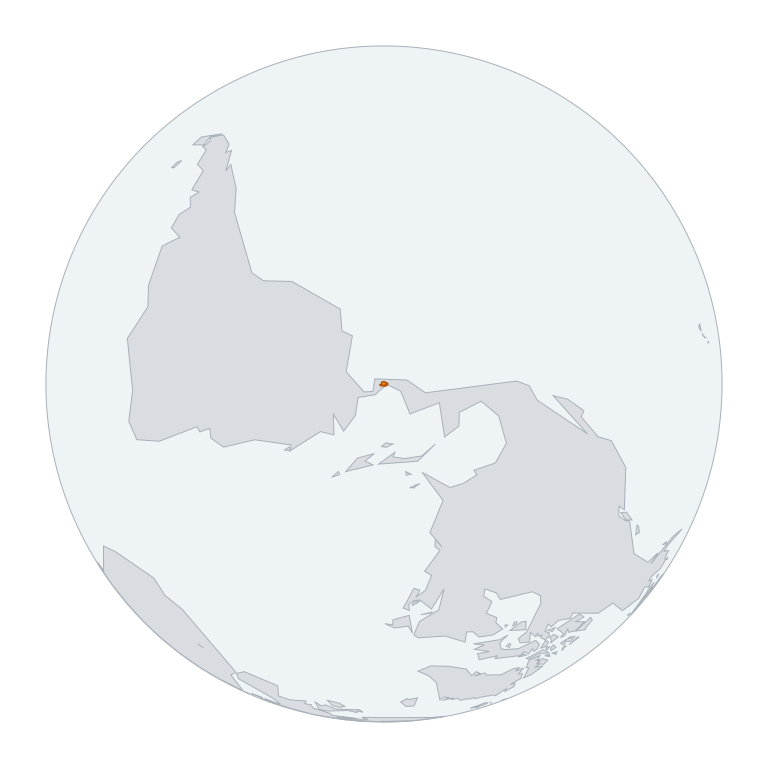 the Earth from above Ngöbe Buglé, rotated 152°
{"feature_id": "PAN-3454", "entity_name": "Ngöbe Buglé", "entity_type": "Indigenous Territory", "adm_level": 1, "iso_a3": "PAN", "parent_name": "Panama", "parent_adm1": "", "projection": "orthographic", "projection_center": [-81.839, 8.721], "detail": "fine", "context": "on_globe", "style": "filled", "palette": "amber", "viewbox_px": 768, "rotation_deg": 152, "n_neighbors": 0, "source": "natural_earth", "source_scale": "10m", "svg_char_len": 9190}
<svg xmlns="http://www.w3.org/2000/svg" viewBox="0 0 768 768"><g transform="rotate(152 384 384)"><circle cx="384" cy="384" r="338" fill="#eef3f6" stroke="#a8b0b8"/><path d="M405.3,386.3L397.3,382.7L389.6,392.8L361.8,376.7L351.6,356.8L265.6,324.4L256.6,314.2L256.3,297.8L227.8,244.5L240.1,294.2L229.0,284.4L220.1,266.6L225.3,262.3L219.7,236.8L209.8,227.2L209.7,196.7L230.8,160.1L233.8,165.8L238.6,157.3L235.0,150.1L231.5,147.7L242.9,116.9L234.7,102.6L221.3,106.3L232.6,100.0L200.2,113.8L188.8,116.1L208.3,108.8L215.3,104.7L210.9,103.3L217.2,98.9L218.7,96.1L226.6,91.4L237.4,88.7L242.7,86.0L239.3,85.3L245.1,81.0L249.3,82.2L259.9,75.2L279.8,71.8L284.8,83.1L302.4,81.0L324.9,93.2L329.4,89.6L340.9,93.4L350.3,91.1L351.8,95.0L358.1,89.9L354.9,86.8L356.6,83.8L361.9,82.5L364.7,86.9L362.5,88.2L366.1,88.9L365.2,91.9L368.6,89.6L371.4,95.9L376.5,88.0L385.3,91.5L385.0,96.2L374.8,97.9L348.7,116.5L345.2,123.6L350.7,131.0L382.5,139.2L383.0,146.9L391.1,155.7L395.6,149.9L390.9,141.1L401.2,133.5L394.1,124.8L397.3,120.8L394.2,112.0L405.8,111.3L418.7,115.9L421.9,123.6L427.6,126.3L433.6,118.0L448.2,132.7L472.9,143.8L475.4,148.5L464.3,157.6L441.6,158.9L427.1,174.9L447.7,163.1L453.8,176.6L459.5,178.7L465.7,177.6L467.8,172.2L472.2,177.1L453.5,189.5L449.2,185.2L455.1,181.0L444.5,182.2L431.9,192.5L436.0,199.6L412.7,210.8L415.3,216.4L411.7,222.6L409.1,212.7L413.3,231.2L386.5,253.5L391.8,288.1L374.4,261.7L360.8,259.0L344.6,260.1L345.1,265.6L322.9,262.0L303.7,274.2L297.7,302.0L306.3,323.2L330.8,323.7L337.7,311.6L355.4,308.8L343.9,341.5L375.1,345.4L372.6,369.9L381.9,382.4L397.2,378.7L413.1,384.3L424.0,369.7L441.8,361.3L442.8,381.1L452.1,362.6L462.4,371.8L497.3,369.2L494.8,373.9L524.4,395.5L555.2,403.5L562.3,417.4L558.7,426.6L569.1,428.2L569.3,434.1L609.2,438.9L628.4,450.9L626.9,470.9L609.2,495.9L589.2,544.7L556.3,563.0L545.3,582.0L515.0,610.0L495.4,609.4L498.4,621.7L485.4,629.8L471.9,631.0L467.4,639.8L457.3,640.4L462.5,645.7L443.4,657.2L445.6,665.6L431.0,674.2L432.8,678.9L428.3,678.9L422.9,680.7L421.5,683.3L408.8,679.3L408.2,668.5L415.0,662.7L409.0,661.8L423.6,646.5L416.2,649.8L422.7,626.2L435.5,605.6L448.4,544.1L442.1,531.8L417.2,517.8L387.5,470.6L396.2,450.6L389.3,441.4L411.7,412.5L405.3,386.3ZM76.9,289.2L79.2,281.5L79.4,286.6L76.9,289.2ZM79.6,276.8L79.0,279.4L79.3,277.2L79.6,276.8ZM79.1,275.1L79.5,276.3L78.8,275.7L79.1,275.1ZM78.2,273.9L78.8,274.2L78.6,274.5L78.2,273.9ZM390.6,300.0L426.3,315.8L406.6,318.6L410.2,315.4L401.1,308.6L384.2,302.7L366.8,306.9L390.6,300.0ZM77.7,269.7L77.7,268.4L78.5,268.0L77.7,269.7ZM405.2,280.3L399.0,279.1L405.0,278.8L405.2,280.3ZM228.9,147.6L234.3,150.6L235.2,159.2L230.0,156.9L228.9,147.6ZM228.2,133.1L232.5,132.7L226.8,140.6L226.1,138.4L228.2,133.1ZM210.3,110.6L213.5,111.3L208.3,112.2L210.3,110.6ZM217.5,96.6L214.6,98.0L216.6,96.1L217.5,96.6ZM388.1,113.1L391.1,112.6L390.1,114.4L388.1,113.1ZM383.9,110.0L380.6,112.6L378.1,111.5L380.2,109.9L383.9,110.0ZM230.6,87.4L234.7,84.4L232.4,86.9L230.6,87.4ZM388.5,107.2L374.2,109.4L369.9,107.7L374.2,100.5L388.5,107.2ZM238.3,82.3L248.1,76.1L242.5,78.3L263.9,69.6L248.5,77.2L246.5,79.6L243.5,80.0L238.3,82.3ZM351.6,86.5L355.2,89.7L347.3,88.5L351.6,86.5ZM346.1,86.6L319.4,89.1L316.8,84.5L326.2,84.2L318.8,80.0L330.7,76.3L337.4,77.9L336.8,81.4L341.8,77.5L346.1,86.6ZM274.2,66.4L278.1,64.9L276.0,66.0L274.2,66.4ZM356.7,82.5L351.5,83.1L348.8,79.0L358.7,77.1L356.4,79.0L356.7,82.5ZM311.1,81.0L310.8,78.0L320.3,74.1L321.5,72.6L330.7,75.9L311.1,81.0ZM359.7,79.3L363.7,76.4L369.8,77.2L361.6,81.7L359.7,79.3ZM344.0,78.9L343.2,77.0L346.8,77.4L344.0,78.9ZM393.7,79.9L387.6,80.1L385.7,77.8L393.7,79.9ZM364.8,75.3L362.7,75.0L361.3,74.3L365.1,72.8L364.8,75.3ZM336.8,73.2L340.8,72.5L333.5,71.6L340.3,69.2L345.2,72.1L346.0,69.9L348.1,69.2L349.7,72.4L336.8,73.2ZM364.7,69.3L373.3,73.1L385.0,73.0L387.1,74.8L367.8,74.8L364.7,69.3ZM355.8,70.8L361.7,70.2L361.3,72.4L356.8,74.2L355.8,70.8ZM343.2,66.8L331.5,69.7L330.8,69.0L343.2,66.8ZM368.2,68.8L366.1,67.9L369.1,68.5L368.2,68.8ZM351.0,66.7L346.9,67.7L346.3,66.9L351.0,66.7ZM365.2,65.7L367.9,66.8L365.0,67.9L365.2,65.7ZM358.7,65.8L358.8,64.5L362.3,67.6L357.0,66.3L358.7,65.8ZM351.0,65.8L349.3,65.7L352.8,65.5L351.0,65.8ZM374.6,61.5L379.7,65.2L373.2,67.4L369.2,63.4L374.6,61.5ZM429.2,687.8L409.5,680.9L420.9,684.0L430.8,679.7L440.4,684.9L429.2,687.8ZM457.6,676.3L467.9,673.5L469.8,674.7L463.1,676.9L457.6,676.3ZM625.7,147.9L619.0,141.7L626.0,148.8L633.2,155.8L641.5,165.2L640.6,164.1L625.6,150.0L629.9,159.2L650.7,191.9L650.0,197.6L642.4,195.6L619.5,167.4L623.6,158.0L615.6,149.5L601.6,140.6L604.0,139.0L598.8,134.8L599.1,131.6L586.6,118.8L584.9,115.4L567.5,103.3L564.3,100.4L575.5,108.1L582.3,112.3L576.6,106.4L573.2,104.0L600.6,124.6L625.7,147.9ZM567.0,99.9L561.0,96.2L567.0,99.9ZM543.9,86.3L544.9,87.0L532.3,80.5L519.8,74.6L516.3,73.2L536.5,83.1L544.1,87.1L549.7,89.8L570.7,102.9L575.4,106.8L555.5,95.3L560.0,100.1L542.6,90.5L498.4,67.1L486.4,62.2L488.7,62.7L516.9,73.3L543.9,86.3ZM274.2,64.4L267.6,66.9L268.5,66.7L274.4,64.6L263.9,69.6L242.5,78.3L241.6,78.2L228.8,84.6L228.6,84.0L226.0,85.3L249.7,73.9L274.2,64.4ZM720.9,358.1L720.7,355.9L720.7,361.2L719.1,350.9L718.4,352.4L707.7,372.8L699.5,361.4L678.3,320.6L676.7,300.2L667.9,279.7L650.0,198.9L655.8,199.1L652.6,180.4L653.9,181.4L664.6,196.6L667.6,200.3L680.0,220.9L690.8,242.4L700.1,264.5L707.8,287.3L713.8,310.6L718.2,334.2L720.9,358.1ZM667.3,235.9L670.5,242.0L667.3,235.9ZM498.4,368.9L502.7,372.5L497.2,372.9L498.4,368.9ZM404.2,326.8L411.6,327.0L415.6,329.9L410.0,331.1L404.2,326.8ZM465.5,324.9L473.8,326.2L465.3,328.2L465.5,324.9ZM431.8,317.8L458.9,324.6L442.4,331.0L425.2,327.1L436.9,325.0L431.8,317.8ZM402.4,291.6L407.1,292.9L405.9,296.5L402.4,291.6ZM409.5,280.1L407.7,280.5L405.3,277.7L409.5,280.1ZM454.8,175.8L456.5,175.0L463.0,175.2L460.3,177.5L454.8,175.8ZM489.3,163.7L495.6,171.9L489.3,167.3L486.8,171.5L470.4,167.9L475.8,150.7L476.3,158.8L489.3,163.7ZM450.0,159.7L459.8,163.0L448.8,160.1L450.0,159.7ZM569.9,117.9L574.3,119.0L580.5,124.2L582.5,131.3L573.6,123.4L569.9,117.9ZM579.0,119.6L558.7,107.9L556.6,104.0L561.2,108.0L561.8,106.5L569.4,112.8L587.3,121.7L593.9,127.1L594.1,135.4L590.4,129.3L586.4,128.2L579.0,119.6ZM510.5,93.8L501.7,91.2L508.6,85.7L516.0,89.0L518.6,95.4L511.3,95.5L510.5,93.8ZM399.0,95.1L395.1,96.2L394.3,94.7L396.9,92.5L399.0,95.1ZM391.0,80.2L414.8,89.4L411.7,90.9L429.4,95.8L427.9,101.9L416.5,98.3L428.7,107.3L417.8,106.5L427.0,112.5L401.6,103.8L392.3,104.3L403.2,101.3L404.8,95.4L402.7,93.1L389.8,87.2L370.5,86.4L369.0,81.4L373.0,78.1L377.4,77.5L377.0,80.7L383.2,77.7L386.0,82.0L391.0,80.2ZM421.4,55.8L419.1,57.6L432.0,56.5L434.8,59.0L436.1,58.8L442.3,61.1L452.0,63.7L451.8,64.9L455.7,65.5L459.8,67.5L465.1,68.9L466.6,71.8L473.1,74.0L470.1,74.2L481.0,77.3L473.5,76.4L478.2,79.5L483.0,78.7L478.0,96.0L481.6,105.5L488.8,114.5L475.0,113.1L459.5,104.4L445.2,93.7L443.7,85.3L437.7,86.8L435.2,83.5L441.0,83.7L430.6,81.5L430.1,78.9L417.4,72.4L402.8,71.8L397.8,69.9L403.2,68.9L394.4,67.7L401.3,64.8L397.9,63.5L401.2,59.8L413.7,59.4L408.9,58.1L411.2,55.9L421.4,55.8ZM375.9,60.4L390.2,58.3L398.8,58.9L389.4,65.2L391.5,66.8L385.8,71.9L373.5,71.1L376.3,69.6L376.1,68.1L380.0,68.9L376.7,67.1L380.5,65.2L378.9,63.5L384.0,63.1L375.9,60.4ZM652.7,179.1L649.0,174.7L648.9,174.3L647.7,172.6L652.7,179.1ZM639.2,165.1L638.2,163.2L645.9,172.0L646.0,172.8L639.2,165.1ZM631.0,155.4L637.5,162.5L634.1,159.1L631.0,155.4ZM573.8,106.4L571.9,104.6L574.3,106.1L578.3,109.0L573.8,106.4ZM460.2,57.0L457.5,57.0L455.3,56.4L444.6,55.1L441.7,53.7L447.0,53.9L460.2,57.0ZM455.2,55.2L451.1,54.7L452.2,54.4L455.2,55.2ZM439.0,52.7L439.1,52.1L440.1,53.4L439.0,52.7ZM423.7,48.7L429.3,49.4L428.3,49.5L423.7,48.7ZM276.0,65.3L277.9,64.9L274.2,66.1L276.0,65.3Z" fill="#d9dde1" stroke="#a8b0b8" stroke-width="1"/><path d="M383.0,382.7L383.3,382.8L383.4,382.7L383.5,382.7L383.8,382.6L384.3,382.8L384.4,382.7L384.4,382.4L384.0,382.1L383.8,381.8L383.7,381.8L383.5,381.7L383.4,381.5L383.5,381.5L383.8,381.6L383.7,381.4L383.8,381.4L384.0,381.5L384.0,381.8L384.2,382.0L384.4,382.0L384.5,382.0L384.8,382.4L385.2,382.9L385.5,383.2L385.6,383.3L385.7,383.5L385.8,383.5L386.0,383.5L386.4,383.6L386.5,383.5L386.8,383.6L387.1,383.6L387.3,383.6L387.6,383.6L387.6,383.8L387.7,384.2L387.6,384.6L387.7,384.8L387.8,385.0L388.0,385.3L387.8,385.4L387.7,385.3L387.3,385.2L387.2,385.2L386.9,384.9L386.8,385.0L386.5,385.0L386.5,384.9L386.4,384.9L386.2,384.8L386.0,384.7L386.0,385.0L385.8,385.5L385.8,386.0L385.7,386.0L385.4,386.1L385.3,386.4L385.2,386.5L384.9,386.6L384.7,386.6L384.3,386.7L384.2,386.6L384.1,386.4L383.9,386.3L383.4,386.3L383.1,386.2L382.9,385.9L382.8,385.6L382.7,385.5L382.3,385.6L382.1,385.6L382.0,385.4L382.2,385.0L382.2,384.9L382.2,384.6L382.2,384.1L382.2,383.8L381.9,383.7L381.6,383.7L381.4,383.7L381.2,383.6L380.9,383.5L381.0,383.4L381.0,383.2L381.1,382.9L381.0,382.7L380.9,382.5L380.7,382.5L380.6,382.4L380.8,382.2L381.0,382.0L381.0,381.8L381.1,381.7L381.3,381.7L381.2,381.8L381.3,381.8L381.4,382.0L381.2,382.1L381.2,382.3L381.3,382.3L381.5,382.4L381.5,382.5L381.9,382.6L381.9,382.8L381.9,383.0L382.0,383.2L382.0,383.3L382.1,383.2L382.3,382.9L382.5,382.9L382.9,382.9L383.0,382.8L383.0,382.7L383.0,382.7ZM385.6,381.7L385.7,381.8L385.8,381.8L385.7,381.8L385.5,381.7L385.6,381.7Z" fill="#f59e0b" stroke="#b45309" stroke-width="1.5"/></g></svg>